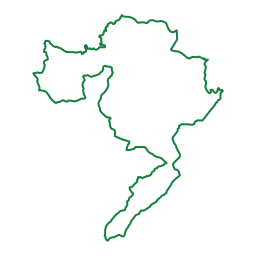 the district of Dharmasraya, Sumatera Barat, Indonesia
{"feature_id": "22746128B7219534805401", "entity_name": "Dharmasraya", "entity_type": "district", "adm_level": 2, "iso_a3": "IDN", "parent_name": "Indonesia", "parent_adm1": "Sumatera Barat", "projection": "orthographic", "projection_center": [101.535, -1.251], "detail": "fine", "context": "isolated", "style": "outline", "palette": "green", "viewbox_px": 256, "rotation_deg": 0, "n_neighbors": 0, "source": "geoboundaries", "source_scale": "gbopen_adm2", "svg_char_len": 5695}
<svg xmlns="http://www.w3.org/2000/svg" viewBox="0 0 256 256"><path d="M220.4,98.7L220.5,93.2L222.5,91.5L222.5,90.5L222.1,90.0L220.3,90.4L219.6,90.1L219.0,88.3L218.3,88.2L217.9,88.6L217.3,91.1L216.2,92.7L215.5,92.9L214.2,92.2L212.6,89.9L211.5,89.8L210.5,90.3L210.9,91.6L210.8,92.5L210.5,92.9L209.4,93.0L208.4,92.5L206.8,90.5L205.3,87.0L206.3,82.6L205.8,81.0L204.5,79.6L204.5,78.6L205.4,74.2L205.3,73.7L204.7,73.2L204.6,72.4L205.6,68.9L205.9,66.5L204.6,64.6L204.6,63.5L204.9,62.6L207.5,59.9L205.3,59.5L204.5,58.8L204.2,59.4L203.6,59.2L202.8,58.4L198.7,56.6L197.2,57.3L194.9,56.9L192.3,57.0L189.6,58.4L187.8,58.2L182.0,53.4L178.3,51.5L174.6,51.2L172.0,50.4L171.2,49.9L171.0,49.4L177.2,39.4L176.7,30.5L176.5,30.4L173.6,32.2L172.1,32.1L170.8,31.7L169.6,30.7L168.3,28.6L167.0,25.4L166.4,23.4L166.0,22.9L162.0,21.1L160.6,21.0L157.6,21.6L152.6,20.2L150.5,20.3L149.5,20.6L147.5,22.8L146.7,23.0L143.1,22.4L141.0,22.3L139.0,22.8L137.8,22.7L136.1,21.1L135.4,19.9L132.5,18.0L129.1,16.9L125.3,16.7L123.1,16.3L121.8,15.4L121.7,15.8L121.4,16.0L120.7,17.0L120.6,17.5L119.6,19.2L118.6,20.2L116.1,20.8L115.4,21.8L115.4,22.3L115.1,22.3L114.8,23.3L114.5,23.4L114.0,24.0L113.3,24.1L112.2,23.0L111.1,22.4L110.3,22.6L109.5,23.4L107.9,24.2L107.9,24.7L107.5,25.3L107.5,25.8L107.2,25.8L107.1,26.7L106.3,27.3L106.0,27.2L105.4,28.4L106.1,29.8L106.1,30.8L104.5,30.5L104.2,30.9L103.3,34.4L101.8,35.4L100.0,35.5L99.9,35.9L99.3,36.2L99.3,36.7L100.0,37.4L101.0,37.8L101.4,38.6L101.2,40.8L101.6,42.5L101.4,43.0L101.0,43.0L100.7,43.4L100.1,43.7L100.4,44.6L100.7,45.0L102.3,44.8L104.1,45.1L104.8,45.6L105.1,46.4L105.0,47.0L104.7,47.3L99.7,47.2L97.6,49.1L96.3,49.7L94.4,49.3L93.7,48.4L93.3,48.4L92.1,49.3L91.5,49.3L90.8,49.0L90.3,48.4L87.9,48.8L86.6,45.9L86.1,45.2L85.6,45.3L85.0,45.7L84.9,46.5L85.2,47.8L85.7,48.2L86.1,49.3L86.0,51.4L85.0,51.9L83.7,52.2L83.5,53.3L82.1,54.0L81.2,52.1L80.7,51.7L76.5,52.6L75.6,52.3L74.2,52.5L73.2,52.1L67.3,52.1L65.8,51.8L65.4,51.3L64.2,50.8L63.1,49.7L62.7,49.7L59.7,47.8L57.7,47.5L57.2,46.8L56.5,46.7L56.1,46.7L55.5,47.1L53.4,46.2L50.8,43.9L49.6,42.4L49.5,41.5L48.1,41.0L45.8,40.8L45.3,41.4L45.0,42.8L44.3,43.4L45.1,44.8L45.5,47.6L45.0,48.8L44.2,49.6L44.2,52.0L45.6,52.2L46.1,52.5L46.3,54.6L47.2,56.4L47.9,59.0L47.2,59.8L45.0,60.7L44.2,61.4L43.8,63.2L44.6,64.6L44.8,65.7L44.3,67.1L44.3,67.9L42.6,71.8L41.6,72.8L39.1,73.0L37.7,72.4L33.5,73.4L33.7,74.0L36.7,77.6L37.5,78.9L37.7,79.5L37.2,81.6L39.3,86.7L39.5,88.0L39.2,90.4L40.2,90.2L42.7,90.6L44.4,91.0L46.1,91.9L48.8,95.3L50.9,98.8L54.3,102.0L55.4,102.8L56.0,102.9L56.5,102.9L57.6,102.1L59.8,101.9L62.7,100.2L64.1,100.6L65.8,101.5L66.7,101.6L67.5,101.4L68.4,100.7L69.3,100.4L74.6,101.4L78.5,100.2L81.3,98.5L82.7,98.8L84.8,98.4L85.3,97.8L85.3,97.4L83.7,93.9L83.1,90.4L83.6,88.5L82.7,86.3L82.5,84.6L82.6,83.8L83.1,82.9L83.4,81.7L84.6,80.2L84.6,79.8L83.3,76.9L83.2,76.3L83.5,75.9L84.6,75.5L86.2,75.6L87.7,75.1L90.4,76.6L91.5,76.8L94.2,75.7L95.2,75.7L99.1,74.1L99.7,73.6L100.2,72.7L102.3,71.2L103.0,69.5L103.1,67.8L103.5,66.6L104.1,66.1L105.2,65.8L106.9,66.4L110.3,66.9L111.4,67.6L111.9,68.4L111.8,70.3L112.8,72.3L112.8,72.7L112.1,73.8L111.7,75.6L110.2,76.5L109.8,77.4L108.1,79.1L107.8,81.0L108.4,84.7L108.1,86.6L106.8,89.4L104.5,92.3L102.1,94.4L101.4,95.5L100.7,98.7L98.8,102.2L98.5,103.3L98.7,105.5L99.9,108.1L100.0,110.2L100.5,111.1L102.7,113.7L106.6,117.2L110.3,117.8L110.5,118.5L109.1,120.2L109.8,122.9L109.8,125.6L111.0,128.1L111.7,128.8L114.3,129.9L114.6,130.3L115.1,132.4L114.9,136.0L116.3,136.9L118.6,137.7L120.1,138.6L121.9,139.1L122.9,139.7L126.1,140.4L126.8,140.9L129.1,141.5L129.4,142.0L129.3,142.7L128.9,143.7L127.9,144.8L127.4,146.2L126.5,149.6L126.5,149.9L126.8,150.2L130.5,149.8L132.1,149.1L133.8,149.1L135.6,147.0L144.9,147.1L145.4,147.5L148.5,151.9L150.1,153.0L152.8,154.3L154.0,155.5L157.2,157.1L159.7,157.5L161.1,158.1L166.3,162.9L166.4,163.4L164.8,163.7L163.2,165.4L161.8,165.6L160.7,166.2L158.2,166.6L157.3,167.9L155.2,168.6L154.6,169.1L154.4,170.5L153.8,171.1L152.5,171.6L152.2,172.0L151.5,173.0L151.4,173.8L150.3,175.3L148.8,175.6L147.7,176.3L146.6,176.1L146.2,176.5L144.0,177.3L143.2,177.9L141.6,177.7L140.5,177.1L139.6,177.6L139.1,177.4L138.9,177.0L138.2,177.1L137.6,179.2L137.0,179.9L137.3,180.8L137.2,181.7L133.9,184.6L133.0,186.0L131.8,187.1L130.2,187.2L129.6,187.5L129.7,188.6L130.3,190.3L131.1,191.1L131.7,192.4L132.9,193.2L133.0,194.4L131.3,196.6L130.1,197.1L129.2,198.1L128.6,200.5L128.0,201.1L127.3,201.2L127.0,202.2L127.4,203.8L127.3,204.8L125.4,208.1L125.2,209.4L124.6,210.0L123.1,210.3L122.8,210.6L120.3,211.0L117.9,213.4L116.7,214.1L114.2,216.7L111.7,219.8L111.2,220.9L108.0,223.6L106.0,226.5L105.2,229.8L105.1,234.1L104.6,235.9L105.4,236.6L105.6,237.0L105.5,238.5L107.2,240.6L107.9,240.5L109.8,238.2L111.8,237.4L114.0,237.2L116.0,236.1L117.0,236.0L118.2,235.0L119.1,234.8L122.3,236.3L123.5,236.4L124.7,234.8L125.6,230.5L127.9,227.5L128.6,225.8L130.1,224.0L131.3,221.1L135.5,215.4L136.3,214.9L138.7,214.1L140.9,210.6L142.3,210.4L143.8,210.7L149.6,206.9L151.4,204.5L156.2,201.9L156.7,200.7L157.3,200.3L157.7,199.6L161.0,196.8L161.7,195.7L164.0,195.0L164.8,194.0L166.4,193.1L166.6,191.3L170.7,185.3L172.5,182.0L175.1,179.3L179.7,175.6L179.8,174.7L178.2,170.5L176.8,169.7L174.9,169.3L173.9,167.5L172.9,164.3L173.8,162.9L179.4,157.3L179.9,156.1L179.7,154.2L179.2,152.7L177.3,149.7L175.9,145.7L174.0,142.8L173.0,140.3L172.5,138.3L173.0,137.1L177.5,131.3L177.8,128.9L179.2,127.9L179.0,126.8L179.2,125.6L180.3,125.3L181.5,124.4L182.2,124.1L184.0,124.4L187.4,124.3L191.8,124.8L192.6,124.7L194.2,123.8L195.3,121.4L196.8,120.9L197.6,120.3L202.5,120.5L211.4,109.1L213.2,107.1L213.8,106.0L215.2,104.7L215.8,102.9L217.1,102.2L217.8,100.6L218.2,100.1L219.8,99.4L220.4,98.7Z" fill="none" stroke="#15803d" stroke-width="2"/></svg>